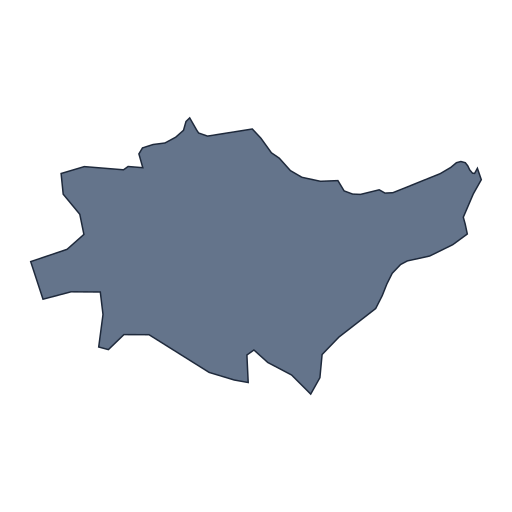 outline of Dagdas
{"feature_id": "LVA-5747", "entity_name": "Dagdas", "entity_type": "Municipality", "adm_level": 1, "iso_a3": "LVA", "parent_name": "Latvia", "parent_adm1": "", "projection": "albers", "projection_center": [27.708, 56.118], "detail": "fine", "context": "isolated", "style": "filled", "palette": "slate", "viewbox_px": 512, "rotation_deg": 0, "n_neighbors": 0, "source": "natural_earth", "source_scale": "10m", "svg_char_len": 1070}
<svg xmlns="http://www.w3.org/2000/svg" viewBox="0 0 512 512"><path d="M467.3,234.0L452.7,244.7L429.7,256.0L407.4,260.9L400.6,264.5L392.2,273.3L386.9,283.9L382.2,295.7L375.7,308.5L339.0,337.0L322.1,354.5L319.9,377.7L310.7,394.1L291.6,375.0L267.8,362.5L253.9,350.0L246.9,355.0L248.2,382.5L234.2,380.0L209.1,372.4L149.0,334.7L123.9,334.6L108.4,349.6L98.7,347.0L103.0,314.5L100.3,292.0L71.0,291.8L43.0,299.2L30.7,261.6L67.1,249.3L83.9,234.4L79.8,214.3L63.2,194.2L61.1,173.5L84.3,166.6L123.5,169.8L128.1,166.5L142.8,167.7L138.9,153.9L142.5,147.9L153.1,144.5L164.9,143.0L175.7,137.2L183.5,130.3L186.0,121.5L189.7,117.9L196.8,130.3L198.6,133.0L207.5,136.1L252.3,129.0L260.9,138.2L271.4,152.8L279.3,158.2L290.4,170.6L301.9,177.3L320.5,181.3L337.9,180.6L344.1,190.9L352.7,194.1L360.5,194.4L379.2,189.8L385.0,193.1L392.9,192.7L440.3,173.6L450.8,167.4L456.4,162.7L460.9,161.5L465.3,162.7L467.8,165.9L469.7,169.9L472.5,173.2L474.6,173.4L477.4,168.3L481.3,179.7L473.3,193.9L463.3,217.2L465.2,224.1L467.2,233.5L467.3,234.0Z" fill="#64748b" stroke="#1e293b" stroke-width="1.5"/></svg>